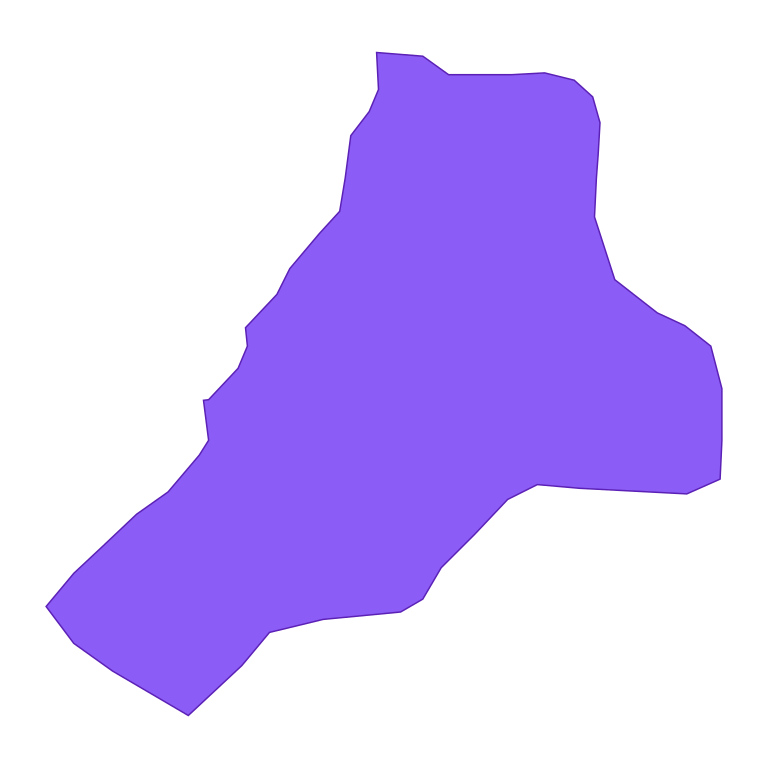 Siheung-si, Gyeonggi, South Korea (Mercator projection)
{"feature_id": "91817680B37911583032119", "entity_name": "Siheung-si", "entity_type": "district", "adm_level": 2, "iso_a3": "KOR", "parent_name": "South Korea", "parent_adm1": "Gyeonggi", "projection": "mercator", "projection_center": [126.793, 37.381], "detail": "fine", "context": "isolated", "style": "filled", "palette": "violet", "viewbox_px": 768, "rotation_deg": 0, "n_neighbors": 0, "source": "geoboundaries", "source_scale": "gbopen_adm2", "svg_char_len": 803}
<svg xmlns="http://www.w3.org/2000/svg" viewBox="0 0 768 768"><path d="M203.5,400.3L208.6,440.3L199.3,455.1L168.0,492.0L136.6,514.2L101.5,547.4L73.8,573.3L46.1,606.5L73.8,643.4L112.6,671.1L188.3,715.5L241.8,665.6L269.5,632.4L323.1,619.4L400.6,612.0L422.8,599.1L441.2,567.7L474.5,534.5L507.7,499.4L537.3,484.6L579.7,488.3L686.8,493.9L720.1,479.1L721.7,445.1L721.9,440.3L721.9,388.6L710.8,346.1L709.0,344.7L685.0,325.8L657.3,312.9L614.8,279.7L594.5,216.9L596.4,178.1L598.2,154.1L600.0,122.7L592.7,96.9L574.2,80.2L562.9,77.4L544.7,72.9L511.4,74.7L472.6,74.7L448.6,74.7L422.8,56.2L376.6,52.5L378.5,89.5L369.2,111.6L350.8,135.6L345.2,178.1L339.7,211.3L319.4,233.5L289.8,268.6L276.9,294.4L245.5,327.7L247.4,346.1L238.1,368.3L208.6,399.7L203.5,400.3Z" fill="#8b5cf6" stroke="#5b21b6" stroke-width="1.5"/></svg>